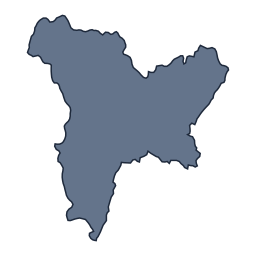 the district of Santo Antônio do Jacinto, Minas Gerais, Brazil
{"feature_id": "56859067B97088826230924", "entity_name": "Santo Antônio do Jacinto", "entity_type": "district", "adm_level": 2, "iso_a3": "BRA", "parent_name": "Brazil", "parent_adm1": "Minas Gerais", "projection": "robinson", "projection_center": [-40.275, -16.528], "detail": "fine", "context": "isolated", "style": "filled", "palette": "slate", "viewbox_px": 256, "rotation_deg": 0, "n_neighbors": 0, "source": "geoboundaries", "source_scale": "gbopen_adm2", "svg_char_len": 3567}
<svg xmlns="http://www.w3.org/2000/svg" viewBox="0 0 256 256"><path d="M228.5,70.0L228.0,67.8L226.0,66.3L223.8,65.6L221.9,65.3L220.1,63.8L218.6,60.8L217.6,58.0L217.0,54.8L216.3,51.6L214.8,48.9L212.0,47.6L209.4,48.3L207.1,48.6L203.8,47.0L200.4,45.4L198.7,48.1L197.9,50.7L195.0,52.1L194.4,54.7L193.9,56.8L191.5,56.3L189.3,55.9L187.2,56.8L186.3,59.8L185.7,62.8L183.9,63.9L183.0,61.4L183.6,58.2L182.7,55.8L180.6,55.8L178.6,57.1L176.1,58.3L174.3,59.2L172.6,60.9L171.2,62.9L169.5,64.5L167.0,66.3L164.2,66.3L162.1,65.2L159.6,65.6L156.6,66.1L155.7,69.8L153.7,72.4L150.8,72.4L148.5,71.6L148.3,74.7L147.7,76.9L146.0,78.2L143.5,77.4L141.0,74.9L139.1,72.6L137.3,70.9L135.3,69.2L133.3,67.5L132.0,64.2L131.4,60.3L130.1,57.4L127.6,55.7L125.7,54.9L123.6,54.2L122.8,52.1L124.1,49.7L125.7,47.2L125.7,44.8L124.9,42.7L124.2,40.5L122.2,38.3L119.9,36.9L118.7,35.0L117.8,33.0L116.3,31.7L114.5,32.4L113.0,33.8L110.8,34.4L108.3,32.5L105.5,32.2L102.7,34.9L100.3,33.3L98.4,31.2L95.8,30.4L93.9,30.5L92.1,29.7L89.8,30.1L87.9,31.0L85.6,31.7L83.2,31.3L81.0,30.1L78.9,29.9L76.8,30.3L73.5,29.9L70.9,27.8L69.9,25.3L69.0,23.1L68.0,20.8L66.5,18.4L64.8,16.0L62.4,15.4L59.5,16.8L56.6,18.0L55.2,20.0L53.3,21.6L49.9,22.1L47.9,19.4L46.1,18.1L43.2,18.1L40.3,19.9L38.7,21.4L37.2,23.4L36.0,26.0L34.9,27.8L34.6,31.0L33.5,34.2L31.4,36.4L30.8,38.6L29.9,41.8L29.1,44.9L29.3,47.7L28.4,49.8L27.5,52.5L29.2,54.4L31.4,55.4L33.0,56.6L35.2,56.1L38.2,55.4L40.5,57.2L41.7,59.6L43.0,61.9L44.8,63.3L47.4,63.4L49.8,63.9L51.3,65.2L51.2,68.0L51.2,71.0L51.4,74.1L51.7,77.2L52.7,80.7L54.3,82.9L56.8,82.9L58.5,84.2L59.4,86.2L59.8,88.3L61.3,91.2L62.7,93.6L63.8,97.4L65.1,101.2L66.9,103.6L68.9,105.7L70.2,107.6L70.7,110.4L70.2,113.5L70.2,116.2L69.6,119.1L68.3,121.3L66.8,122.7L65.3,124.3L64.3,126.1L64.6,128.4L65.3,130.7L65.8,132.9L65.7,136.1L64.8,139.0L63.3,141.8L61.8,143.2L59.6,144.1L57.2,144.2L55.1,143.9L54.7,146.3L56.3,149.4L58.9,150.9L60.1,153.0L58.7,155.3L57.9,158.3L58.1,161.5L60.1,162.6L61.6,165.0L63.2,168.0L62.9,170.9L62.3,173.7L62.2,177.2L62.6,180.4L63.2,183.4L64.3,186.5L65.0,189.6L65.8,192.6L66.4,195.2L67.9,198.1L69.6,200.1L71.6,201.8L73.0,204.4L71.7,207.3L69.0,209.1L67.0,211.8L66.5,215.2L67.0,217.3L68.0,220.4L70.2,220.6L72.4,219.9L74.6,219.1L77.0,218.5L79.6,218.0L82.5,218.7L85.5,219.5L88.2,222.7L89.8,225.0L90.9,227.2L92.5,229.2L93.6,231.4L91.3,232.4L89.5,233.3L89.3,235.7L90.7,238.2L92.5,239.7L94.3,240.3L96.2,240.6L96.6,238.3L98.0,236.6L100.4,231.9L103.1,225.2L106.4,220.6L106.4,215.0L107.3,212.7L108.9,211.1L108.3,206.9L109.8,201.7L111.2,197.1L113.5,193.6L113.2,190.0L115.6,185.6L114.9,183.6L113.0,182.1L113.5,179.5L114.5,175.8L115.8,172.7L118.3,170.0L120.8,165.3L121.4,162.4L124.2,162.7L130.5,163.0L132.8,160.0L135.2,159.4L137.3,161.3L139.4,162.0L140.2,157.7L143.9,156.3L146.7,154.7L148.0,151.2L150.8,153.3L156.2,156.5L158.4,157.2L162.1,161.8L164.9,162.0L167.2,161.5L169.3,163.4L170.8,160.4L173.9,160.4L176.5,160.4L179.3,161.5L181.0,163.6L183.4,165.6L184.6,167.5L187.6,168.9L188.3,165.0L190.8,165.6L192.8,165.7L195.2,167.0L197.3,165.9L196.3,163.3L196.0,160.6L197.4,158.6L199.7,156.5L200.2,153.4L198.4,152.0L196.1,150.1L196.7,147.9L195.3,146.2L194.7,143.7L194.5,140.3L192.5,136.7L190.5,136.2L187.6,134.6L189.7,133.4L190.1,131.2L190.0,128.7L189.6,125.4L191.8,123.2L194.8,124.6L196.1,121.6L197.0,118.8L198.7,116.5L200.0,114.5L201.7,112.2L204.0,109.4L206.4,106.8L208.8,104.3L210.0,102.3L211.1,100.1L213.1,98.0L213.5,95.4L214.4,93.0L215.6,91.4L217.2,89.8L218.6,87.9L219.7,86.1L221.2,83.3L224.0,82.3L224.9,80.4L225.0,78.0L225.8,74.6L227.1,71.8L228.5,70.0Z" fill="#64748b" stroke="#1e293b" stroke-width="1.5"/></svg>